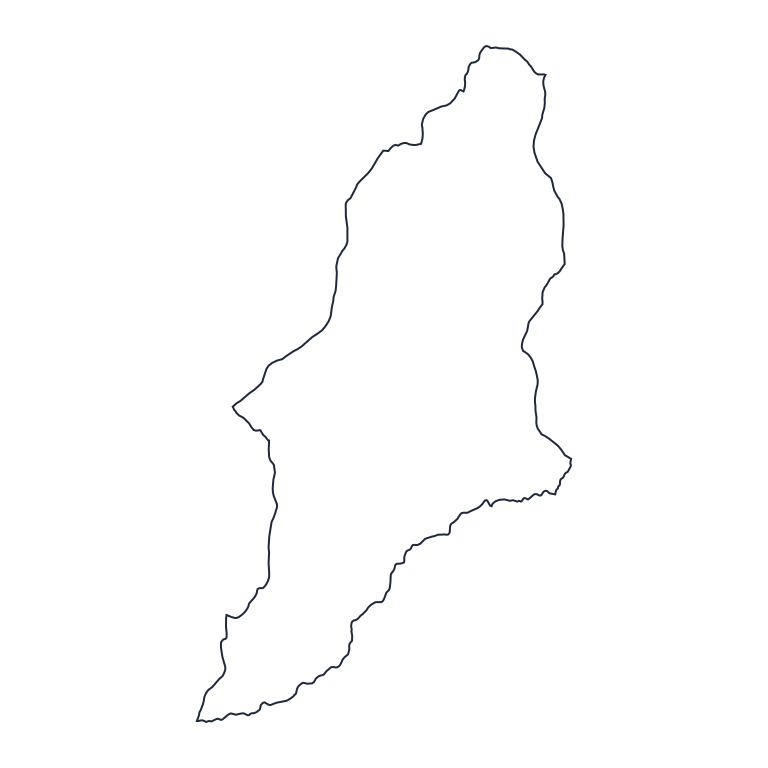 the district of Macaravita, Santander, Colombia
{"feature_id": "7082276B90851021474579", "entity_name": "Macaravita", "entity_type": "district", "adm_level": 2, "iso_a3": "COL", "parent_name": "Colombia", "parent_adm1": "Santander", "projection": "equal_earth", "projection_center": [-72.593, 6.513], "detail": "fine", "context": "isolated", "style": "outline", "palette": "slate", "viewbox_px": 768, "rotation_deg": 0, "n_neighbors": 0, "source": "geoboundaries", "source_scale": "gbopen_adm2", "svg_char_len": 6071}
<svg xmlns="http://www.w3.org/2000/svg" viewBox="0 0 768 768"><path d="M571.1,458.9L564.9,455.1L561.5,450.1L558.0,445.8L549.4,438.9L544.5,435.7L541.7,434.4L537.7,428.5L536.8,425.8L536.3,423.0L536.5,417.5L535.5,410.7L535.4,405.9L534.9,401.6L535.0,397.9L535.9,391.4L537.6,384.4L537.7,380.1L537.0,376.3L535.9,371.3L534.3,366.7L532.7,361.2L530.9,357.9L528.1,354.3L524.4,351.6L523.2,351.1L521.8,347.3L522.0,343.9L522.7,340.8L523.2,339.2L527.1,331.0L528.0,326.6L528.3,324.3L528.9,322.2L529.8,320.7L537.7,311.0L539.4,308.2L542.5,304.2L542.5,301.6L542.2,298.5L542.6,292.2L544.7,287.3L546.2,285.6L547.6,283.3L550.2,278.5L551.5,277.8L553.1,276.5L554.4,274.4L555.9,274.1L557.9,273.1L559.7,271.3L561.7,268.1L564.7,264.0L564.1,253.3L562.9,250.2L562.3,245.9L562.6,237.6L563.6,225.7L563.4,213.9L563.0,210.5L561.7,203.9L559.4,198.9L557.8,197.0L554.4,190.9L553.2,186.6L552.4,182.2L551.0,178.1L545.2,173.3L537.6,161.8L534.4,152.4L533.5,146.6L534.0,140.5L535.5,134.7L542.0,118.3L542.3,114.8L544.4,107.6L544.8,103.0L544.7,98.5L545.3,95.1L545.2,92.0L543.5,85.7L543.2,81.5L544.0,77.8L545.5,74.9L544.0,74.4L538.5,74.5L536.4,73.6L534.9,72.4L533.7,70.9L532.2,68.4L530.6,66.0L529.4,64.9L527.3,61.7L524.8,59.6L519.9,54.5L513.7,50.3L512.0,49.5L510.1,49.3L508.3,48.6L499.3,48.3L496.0,47.5L491.6,48.1L490.0,47.7L489.4,47.0L487.0,46.1L485.6,46.2L484.0,47.4L483.2,48.3L480.1,52.8L479.4,55.0L479.2,58.1L478.3,60.1L476.9,61.2L474.4,62.4L471.6,62.7L470.2,64.1L469.2,65.8L468.6,67.1L468.4,69.5L467.8,71.9L466.8,73.9L465.5,75.1L464.8,77.6L464.8,80.1L465.1,81.7L465.1,84.6L464.9,86.5L464.0,90.4L463.5,91.4L460.5,90.0L459.9,90.0L459.1,90.5L454.5,98.8L450.1,103.4L446.4,105.5L441.7,106.4L428.1,112.1L425.6,114.6L423.1,119.1L421.8,124.8L422.4,127.6L422.8,133.7L422.5,138.4L421.1,143.8L416.2,144.9L413.8,145.0L409.7,144.5L406.4,143.0L403.4,143.1L400.8,144.0L398.3,145.6L395.5,144.9L393.3,145.7L390.8,148.0L388.4,151.0L383.3,150.6L377.8,158.2L371.8,168.5L367.9,173.4L360.4,180.7L357.2,184.4L355.8,188.0L350.4,198.3L347.9,200.1L346.0,202.9L345.7,204.2L345.9,216.4L347.4,227.8L347.4,241.7L346.4,244.9L344.5,248.3L342.6,250.6L338.0,258.2L336.4,265.8L336.3,267.7L336.8,272.1L336.7,276.2L336.1,286.0L335.6,290.8L333.6,297.1L333.2,301.3L331.9,307.1L330.7,316.1L328.7,321.2L325.1,326.7L322.1,330.3L317.3,333.8L312.3,337.0L301.8,346.3L298.3,348.7L293.6,351.2L285.9,356.3L282.2,359.2L277.2,360.5L275.3,361.4L272.0,363.0L268.5,365.8L266.4,369.1L262.9,379.6L262.5,381.6L260.6,384.1L254.3,389.8L249.4,393.2L240.3,401.0L236.6,403.2L232.7,406.7L233.5,408.1L234.0,409.6L235.5,411.3L236.5,413.1L239.3,415.6L243.3,417.7L247.2,421.5L249.2,423.5L251.0,426.6L253.6,430.0L255.8,430.6L258.2,430.5L259.8,430.1L260.4,430.3L263.3,435.1L265.4,436.8L268.0,440.2L269.1,440.6L268.7,450.1L269.0,453.7L269.0,455.6L269.3,457.7L270.5,460.7L273.1,463.7L273.9,465.1L274.9,472.0L274.8,473.5L273.4,479.6L272.7,487.9L272.9,492.3L273.8,496.1L276.6,503.3L277.1,505.1L276.9,507.5L275.2,513.2L273.4,518.2L271.6,521.9L269.3,536.2L268.6,546.6L268.8,550.2L269.1,552.0L268.6,563.6L269.2,573.0L269.1,577.4L268.1,580.6L266.7,583.5L265.9,584.8L263.8,587.3L262.7,588.2L259.6,588.1L257.9,588.8L257.4,589.5L256.7,593.0L256.1,594.6L254.6,597.1L253.2,598.9L249.7,602.7L248.8,604.3L248.4,606.4L247.3,608.6L244.9,612.0L242.5,614.3L238.7,617.2L235.9,618.0L235.0,618.0L231.7,617.1L227.4,615.4L227.2,615.1L226.5,615.0L226.1,618.7L226.0,626.9L226.7,633.5L226.5,637.4L226.3,638.1L225.7,638.7L223.1,639.6L222.6,640.2L221.3,641.8L220.9,643.6L221.0,647.5L222.0,654.5L222.6,657.7L225.2,666.6L225.3,669.0L225.0,670.6L223.8,673.7L222.4,676.2L219.3,678.9L212.3,687.0L208.7,689.7L207.3,691.2L205.6,694.0L204.3,697.3L203.8,700.8L202.9,704.3L200.7,710.1L199.5,712.2L199.0,715.2L196.9,721.0L198.4,721.1L200.2,720.5L202.8,720.4L206.2,721.9L209.0,721.0L211.5,721.4L216.1,719.2L217.4,718.8L218.4,718.9L221.0,719.9L222.5,719.4L228.4,714.5L230.9,713.4L236.0,714.7L241.8,713.4L244.0,713.4L247.2,715.1L248.1,715.2L249.3,715.0L250.3,713.8L251.7,713.3L254.1,713.1L256.4,712.2L259.5,709.8L260.1,708.7L260.7,705.5L261.1,704.8L262.6,703.1L263.6,702.6L264.6,702.4L268.0,704.4L269.7,705.0L270.6,705.0L276.2,702.8L286.8,700.7L289.7,699.0L293.2,696.5L294.5,694.8L295.2,694.4L296.1,693.3L296.7,690.1L297.4,688.0L298.6,686.0L302.0,683.2L303.6,682.8L307.1,683.7L312.0,683.4L314.0,682.0L315.9,678.6L316.8,677.7L319.3,675.9L322.9,675.0L323.8,674.5L326.6,671.0L330.9,667.4L332.1,667.0L334.1,667.1L335.7,667.5L337.2,667.3L338.7,666.4L339.8,665.3L340.8,663.7L341.8,661.6L342.3,660.1L344.5,657.3L348.1,654.3L349.3,649.6L349.2,646.1L349.4,644.3L350.8,642.1L352.0,640.7L352.2,635.8L351.4,631.4L351.7,629.6L351.1,625.8L351.6,623.0L352.0,621.9L353.7,620.5L355.6,620.1L357.7,618.9L360.7,615.6L362.9,613.9L366.5,610.2L367.8,608.1L369.4,606.3L371.6,604.4L375.7,602.1L381.3,602.1L382.6,601.3L383.8,599.4L384.6,597.6L386.3,592.7L388.9,590.1L389.7,588.2L390.4,582.7L390.8,574.6L391.4,573.4L393.4,570.8L394.3,569.1L395.1,565.8L395.8,564.3L396.7,563.8L400.5,563.6L403.9,562.6L404.3,561.2L404.2,558.6L404.5,556.2L406.1,551.9L407.2,550.7L410.3,549.3L411.1,548.1L411.8,546.4L412.6,545.2L414.1,544.9L417.5,545.0L420.4,543.6L425.1,538.8L431.9,536.6L434.4,536.1L438.1,534.7L442.8,534.6L444.2,534.3L445.7,534.7L448.0,534.6L449.3,533.4L449.7,532.1L450.2,525.7L451.1,524.0L454.6,521.5L457.7,518.6L458.3,517.3L461.1,513.4L463.5,512.7L467.3,512.8L472.4,510.3L476.5,508.6L479.4,506.9L482.3,504.2L484.1,501.5L485.3,500.3L486.5,500.2L487.3,500.7L490.1,505.6L491.6,506.2L492.4,504.0L494.0,502.4L496.0,501.1L499.6,499.8L504.4,499.4L509.8,500.8L513.2,500.2L517.2,501.6L519.0,500.8L521.1,501.6L522.2,500.7L522.6,499.8L523.3,498.8L524.1,498.1L525.6,498.3L527.8,499.4L528.4,499.3L533.8,494.6L534.7,494.1L536.5,494.1L539.5,495.5L540.3,495.6L541.0,495.3L541.8,494.6L542.4,493.4L543.7,491.6L545.5,490.7L547.1,491.1L549.5,493.3L555.2,494.4L556.0,490.7L556.6,489.5L557.8,488.6L558.3,486.4L559.5,485.4L559.9,484.5L560.1,480.9L560.6,479.5L561.3,478.7L562.6,478.1L563.7,476.7L564.4,474.7L565.0,473.7L566.0,472.7L567.6,472.0L570.5,466.8L570.9,465.8L570.9,465.0L570.4,463.6L570.4,462.1L571.1,458.9Z" fill="none" stroke="#1e293b" stroke-width="2"/></svg>